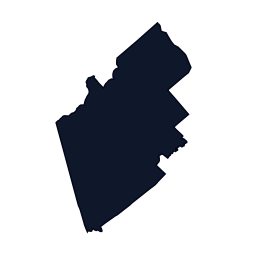 the district of Babaita, Teleorman, Romania, rotated 241°
{"feature_id": "2599482B60473454525777", "entity_name": "Babaita", "entity_type": "district", "adm_level": 2, "iso_a3": "ROU", "parent_name": "Romania", "parent_adm1": "Teleorman", "projection": "albers", "projection_center": [25.418, 44.126], "detail": "fine", "context": "isolated", "style": "filled", "palette": "ink", "viewbox_px": 256, "rotation_deg": 241, "n_neighbors": 0, "source": "geoboundaries", "source_scale": "gbopen_adm2", "svg_char_len": 5260}
<svg xmlns="http://www.w3.org/2000/svg" viewBox="0 0 256 256"><g transform="rotate(241 128 128)"><path d="M167.4,67.7L136.5,60.1L84.6,47.2L80.5,46.8L79.4,46.6L67.1,43.8L64.4,43.1L60.2,42.5L58.3,42.3L56.9,42.2L57.1,42.5L57.3,42.9L57.3,43.4L57.2,43.6L56.7,44.3L56.5,44.7L55.9,45.2L55.8,45.4L55.6,45.9L55.6,46.1L55.6,46.3L55.9,46.7L56.1,47.0L56.4,47.2L56.5,47.4L56.7,47.5L56.8,47.7L56.9,47.9L57.0,48.1L57.1,48.4L57.1,48.5L56.8,48.7L56.5,48.9L56.1,49.0L55.8,49.1L55.4,49.3L54.8,49.7L54.1,50.2L54.0,50.4L53.9,50.7L53.7,50.9L53.9,51.1L53.9,51.4L53.8,51.7L53.7,51.9L53.7,52.0L53.0,52.6L52.5,52.8L52.1,53.0L51.4,53.4L50.9,53.9L50.6,54.2L50.5,54.4L50.4,54.7L50.4,54.9L50.4,55.1L50.8,55.4L51.2,55.5L52.6,55.8L54.0,55.9L54.4,55.9L54.8,56.0L55.2,56.1L55.4,57.5L56.1,62.1L57.4,73.7L57.4,76.7L58.8,85.3L59.8,91.9L60.6,95.1L61.4,99.9L64.3,117.3L65.3,124.3L66.4,127.5L66.8,128.4L67.6,131.1L69.8,138.2L80.7,134.8L81.8,134.5L83.1,137.3L83.4,138.3L84.0,139.2L84.7,139.7L85.8,140.3L87.4,141.0L88.2,140.5L89.1,143.7L88.4,145.7L82.5,148.2L83.4,150.2L83.6,150.3L83.8,150.6L83.8,150.8L83.8,151.2L83.8,151.4L83.7,151.7L83.8,151.9L83.9,152.0L84.2,151.8L84.4,151.9L84.5,152.1L84.7,152.3L84.8,152.8L84.9,153.2L84.6,153.8L84.4,154.3L84.4,154.6L84.5,154.8L85.0,155.2L85.3,155.5L85.6,156.8L85.6,157.3L85.4,157.5L85.2,157.9L85.1,158.0L84.9,158.0L84.6,158.0L84.4,158.3L84.4,158.6L84.6,158.8L84.9,159.4L85.4,159.6L85.5,159.7L85.5,159.8L85.3,160.0L85.0,160.1L84.7,160.1L84.6,160.3L84.7,160.6L84.9,160.8L85.2,160.9L86.3,160.9L86.6,160.5L86.5,160.2L86.4,160.0L86.5,160.0L86.5,159.9L86.8,159.9L87.0,160.0L87.2,160.4L87.2,160.9L87.1,161.3L87.1,162.0L87.3,162.3L87.4,162.7L87.3,162.9L87.0,163.2L86.9,163.2L86.9,163.3L87.0,163.5L87.5,163.9L87.6,164.1L87.3,164.9L87.1,165.3L86.8,165.4L86.4,165.4L86.2,165.5L85.6,165.9L85.5,166.0L85.4,166.5L85.5,167.1L85.5,167.3L85.3,168.1L85.3,168.3L85.9,168.8L86.0,169.1L86.4,169.3L86.5,169.3L86.6,169.2L86.8,169.2L86.8,169.3L86.8,170.0L86.8,170.3L86.8,170.9L86.9,171.3L86.9,172.3L87.0,172.5L87.5,172.7L88.1,172.7L89.9,172.0L90.2,171.9L91.4,171.5L91.6,171.3L91.6,171.2L92.0,170.8L92.0,170.7L92.4,170.1L92.6,169.9L92.7,169.7L92.9,169.6L93.2,169.7L93.3,169.8L93.6,170.2L93.6,170.4L93.6,170.6L93.7,170.8L94.0,171.2L94.1,171.6L94.2,171.8L94.4,171.9L94.5,172.0L94.8,172.0L95.1,171.9L101.8,169.7L104.2,169.0L106.7,168.5L107.8,173.5L110.6,187.5L130.8,183.4L141.4,181.1L142.2,182.1L146.2,201.8L146.9,205.8L147.2,207.6L148.7,209.8L150.4,212.3L150.9,212.4L153.3,212.6L163.3,213.8L165.2,213.6L174.4,210.9L178.2,208.4L182.6,207.6L188.8,207.4L192.8,207.4L195.5,204.7L196.3,204.1L197.2,204.0L201.2,205.3L201.2,205.2L201.6,205.1L202.0,205.1L202.2,205.4L202.3,205.4L202.5,205.5L202.9,205.4L203.3,205.3L203.7,205.3L203.9,205.1L204.1,204.9L205.6,204.7L199.8,178.8L194.4,152.3L193.7,152.1L193.5,151.9L193.1,151.4L192.8,151.2L192.4,150.9L191.5,150.4L191.3,150.2L190.9,150.1L190.8,149.9L190.7,149.8L190.2,149.7L189.8,149.4L189.5,149.2L189.1,149.1L188.7,149.1L188.0,149.2L187.0,149.3L186.5,149.2L185.8,149.0L185.3,148.8L185.2,148.6L185.1,148.4L185.1,148.2L185.4,146.7L185.5,146.2L185.4,145.7L185.4,145.2L185.2,144.8L185.0,144.4L185.0,144.2L184.9,143.9L184.6,143.1L184.2,142.7L183.6,142.1L183.0,141.6L182.5,141.1L182.3,141.0L181.8,140.7L181.1,140.3L180.7,140.2L180.0,139.8L179.6,139.6L178.9,139.5L178.6,139.5L177.5,139.0L177.5,138.8L177.6,138.7L178.4,137.8L178.8,137.1L178.9,136.8L178.9,136.6L178.9,135.5L178.9,134.7L178.7,133.7L177.8,131.5L177.7,130.9L177.6,130.1L177.5,129.9L176.9,129.0L176.2,127.9L175.8,127.3L175.4,126.9L175.2,126.6L175.1,126.2L175.0,125.9L175.7,125.6L177.6,125.1L180.8,124.2L182.2,123.9L183.9,123.7L185.1,123.4L187.7,122.8L188.3,122.7L188.7,122.8L188.8,122.9L189.0,123.0L189.5,123.6L190.3,122.9L190.2,122.7L190.2,122.4L190.2,121.5L190.2,121.3L190.2,121.1L190.2,120.9L190.1,120.6L190.2,120.4L190.3,120.3L190.4,120.2L190.4,119.6L190.5,119.4L190.5,119.0L190.7,118.7L190.8,118.5L190.9,117.9L190.9,117.6L190.8,117.3L190.5,116.9L190.3,116.6L190.1,116.4L189.7,116.1L189.6,115.9L189.6,115.4L189.6,115.2L189.3,115.1L189.0,114.8L188.9,114.5L188.7,114.2L188.5,113.9L188.3,113.7L188.0,113.7L187.6,113.7L186.8,113.5L186.2,113.4L185.3,112.8L184.7,112.5L184.6,112.3L183.5,112.3L182.5,112.4L182.4,112.5L182.2,112.7L181.5,112.8L181.1,112.6L180.8,112.5L180.3,112.4L179.6,112.1L178.7,111.9L177.5,111.0L177.1,110.8L177.0,110.7L176.6,109.8L176.2,109.2L176.0,108.7L175.9,108.5L175.5,107.9L175.3,107.7L175.2,107.2L174.9,106.9L174.5,106.5L174.3,106.1L173.9,105.6L173.7,105.2L173.6,104.9L173.4,104.7L173.2,104.4L172.7,104.1L172.5,103.8L172.2,103.4L172.1,103.2L171.8,103.0L171.4,102.6L171.1,102.4L170.6,102.0L170.4,101.8L170.1,101.5L169.5,100.5L169.5,100.3L169.5,100.1L169.8,99.7L170.1,99.2L170.4,98.9L170.5,98.6L170.8,98.0L170.9,97.6L170.9,96.7L170.8,96.3L170.5,95.6L170.2,94.7L170.0,93.7L169.9,93.0L169.8,92.8L169.6,92.5L169.1,92.1L168.6,91.8L168.4,91.5L168.3,91.2L168.0,90.0L167.6,89.1L167.5,88.7L167.6,87.7L167.8,86.8L168.0,86.0L168.0,85.5L167.9,85.1L167.7,84.4L167.4,83.0L167.2,82.5L167.1,82.3L167.1,82.0L167.1,81.9L167.2,81.7L167.9,80.8L169.2,78.7L169.5,78.1L169.6,77.7L169.7,77.0L169.6,76.6L169.0,74.7L168.8,73.6L168.6,72.8L168.4,72.4L168.2,72.2L168.1,71.7L168.1,70.8L168.2,70.4L168.1,70.0L168.0,69.4L167.8,68.7L167.4,67.7Z" fill="#0f172a" stroke="#020617" stroke-width="1.5"/></g></svg>